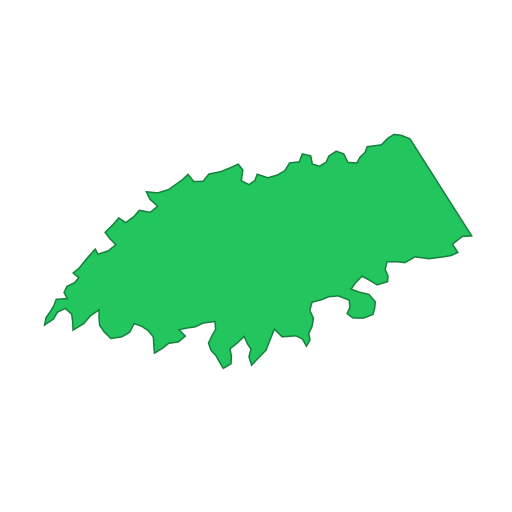 Sul Brasil, Santa Catarina, Brazil (Equal Earth projection), rotated 85°
{"feature_id": "56859067B48217728090454", "entity_name": "Sul Brasil", "entity_type": "district", "adm_level": 2, "iso_a3": "BRA", "parent_name": "Brazil", "parent_adm1": "Santa Catarina", "projection": "equal_earth", "projection_center": [-52.938, -26.7], "detail": "fine", "context": "isolated", "style": "filled", "palette": "green", "viewbox_px": 512, "rotation_deg": 85, "n_neighbors": 0, "source": "geoboundaries", "source_scale": "gbopen_adm2", "svg_char_len": 2092}
<svg xmlns="http://www.w3.org/2000/svg" viewBox="0 0 512 512"><g transform="rotate(85 256 256)"><path d="M254.8,39.4L152.7,92.4L148.5,100.6L146.9,107.9L150.0,114.2L156.2,121.5L156.8,135.7L162.3,138.3L166.6,143.7L172.1,147.4L170.8,156.3L161.9,159.7L158.6,167.0L162.9,174.8L168.7,178.0L172.1,184.9L169.3,191.9L161.1,192.7L158.3,200.9L166.0,204.7L166.2,214.4L173.6,219.9L177.2,227.7L179.1,237.4L174.6,247.7L180.7,250.5L184.3,256.8L179.7,264.1L169.3,261.6L162.9,265.7L165.9,274.0L169.0,284.1L170.2,295.7L177.0,302.3L176.4,311.5L168.8,316.6L173.6,322.7L177.3,328.9L182.2,337.4L184.6,348.4L182.5,359.6L190.2,356.7L197.9,349.7L203.3,357.5L200.3,368.2L206.1,374.3L211.4,382.9L206.1,389.4L212.6,396.0L219.3,404.3L225.9,400.1L232.5,394.7L238.0,402.7L240.4,413.2L235.1,415.6L241.3,422.2L247.8,428.7L252.7,433.3L257.0,439.6L262.2,434.4L266.8,439.1L269.7,446.9L275.7,450.4L282.0,447.7L281.7,458.7L288.2,461.9L293.7,466.0L299.0,470.5L306.3,472.6L301.1,463.2L294.7,458.7L291.6,450.6L297.9,444.7L306.5,444.3L313.9,444.8L308.4,433.6L301.0,426.0L295.9,416.9L303.3,417.8L311.5,417.8L318.2,414.0L325.5,407.8L324.9,396.8L321.0,388.6L312.7,383.2L316.1,375.9L321.0,369.8L327.8,365.3L335.8,365.6L343.9,365.6L340.1,357.8L335.4,350.6L334.8,340.7L329.6,333.4L322.7,339.1L321.7,330.8L321.3,322.7L318.2,314.4L317.6,302.6L325.5,302.6L332.1,307.1L338.5,310.9L346.0,309.1L351.6,304.7L358.1,301.8L365.1,298.4L361.2,290.3L353.4,289.2L346.2,290.0L340.9,282.1L335.1,274.8L342.7,272.2L348.3,269.1L355.9,271.8L364.4,269.9L357.7,262.5L350.7,254.2L341.5,249.7L330.5,244.0L338.8,237.1L339.0,223.1L342.7,217.0L350.3,213.6L344.3,209.5L337.8,210.3L331.1,206.3L323.1,204.2L314.9,207.1L306.9,204.2L305.3,194.5L302.9,187.0L302.9,177.6L308.1,167.0L315.2,166.9L321.3,170.2L326.2,164.9L327.2,154.2L324.4,144.5L318.2,142.3L312.1,141.1L304.1,146.9L300.8,156.8L297.3,164.1L291.6,159.5L285.4,152.2L290.4,144.5L295.3,137.8L293.0,127.1L287.3,126.3L280.6,128.5L273.2,126.0L274.0,116.2L275.6,108.2L270.7,97.7L273.8,83.8L273.2,70.6L272.6,61.9L270.1,54.6L261.3,59.2L254.5,48.8L254.8,39.4Z" fill="#22c55e" stroke="#15803d" stroke-width="1.5"/></g></svg>